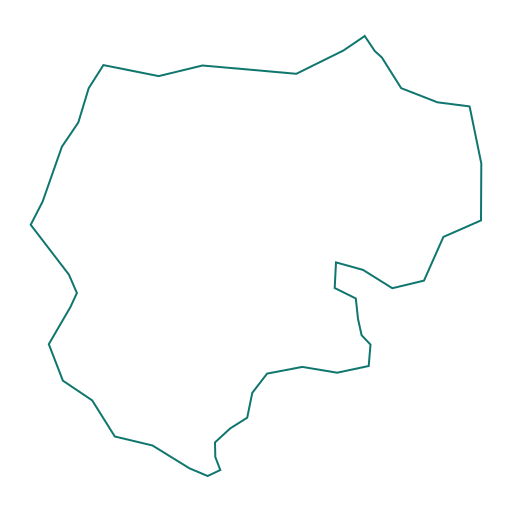 an SVG outline of Donduseni
{"feature_id": "MDA-1614", "entity_name": "Donduseni", "entity_type": "District", "adm_level": 1, "iso_a3": "MDA", "parent_name": "Moldova", "parent_adm1": "", "projection": "mercator", "projection_center": [27.772, 48.214], "detail": "fine", "context": "isolated", "style": "outline", "palette": "teal", "viewbox_px": 512, "rotation_deg": 0, "n_neighbors": 0, "source": "natural_earth", "source_scale": "10m", "svg_char_len": 716}
<svg xmlns="http://www.w3.org/2000/svg" viewBox="0 0 512 512"><path d="M364.7,36.0L374.8,51.1L381.8,57.4L401.2,88.2L437.4,102.3L469.5,106.4L469.8,107.4L481.3,163.5L481.0,220.4L443.4,236.9L424.0,280.6L392.3,288.2L363.0,269.9L336.0,262.4L334.7,288.0L355.8,298.5L358.0,318.9L361.6,335.2L370.5,344.6L368.7,366.0L337.1,372.7L302.2,366.9L267.1,373.6L252.3,392.8L247.2,417.7L230.2,428.4L215.0,442.4L215.3,457.0L220.3,470.0L207.6,476.0L189.4,468.3L152.5,445.5L114.8,436.5L92.2,400.4L62.9,380.7L48.8,344.2L70.6,306.7L76.9,293.0L68.9,274.6L30.7,224.8L42.6,201.6L61.9,146.7L78.3,122.5L88.7,88.2L103.4,65.1L158.7,76.1L202.4,65.5L296.3,73.8L343.4,50.5L364.6,36.1L364.7,36.0Z" fill="none" stroke="#0f766e" stroke-width="2"/></svg>